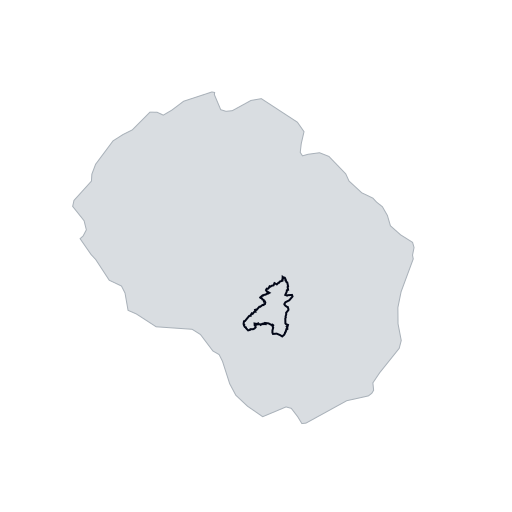 Negotino, Negotino, North Macedonia (highlighted), rotated 58°
{"feature_id": "65306769B63258214258120", "entity_name": "Negotino", "entity_type": "district", "adm_level": 2, "iso_a3": "MKD", "parent_name": "North Macedonia", "parent_adm1": "Negotino", "projection": "albers", "projection_center": [22.101, 41.515], "detail": "fine", "context": "in_parent", "style": "outline", "palette": "ink", "viewbox_px": 512, "rotation_deg": 58, "n_neighbors": 0, "source": "geoboundaries", "source_scale": "gbopen_adm2", "svg_char_len": 2866}
<svg xmlns="http://www.w3.org/2000/svg" viewBox="0 0 512 512"><g transform="rotate(58 256 256)"><path d="M234.1,136.4L241.7,137.4L258.5,132.8L268.9,126.2L274.2,125.2L281.2,122.7L291.3,123.1L301.6,126.0L314.6,122.2L327.4,116.0L332.6,117.5L338.2,122.8L341.8,124.2L363.2,151.9L374.9,163.0L388.8,171.5L404.6,177.6L410.2,183.5L420.5,212.9L425.5,224.1L432.2,227.4L433.8,230.6L434.2,234.8L426.8,255.7L424.2,302.2L422.4,305.9L414.4,305.8L403.9,306.8L399.9,310.5L395.8,335.5L378.9,342.8L363.4,346.9L350.4,346.0L327.5,340.2L320.1,339.5L313.7,342.9L293.2,344.7L284.3,349.0L263.1,378.2L241.7,388.2L234.3,393.3L218.0,386.7L210.2,386.0L198.8,393.3L174.0,393.8L167.3,395.1L148.1,396.0L147.4,392.0L143.9,386.0L135.0,383.1L116.8,385.2L112.4,380.9L105.3,355.9L99.6,351.8L93.2,343.4L82.6,316.2L82.5,304.4L83.5,294.1L77.8,269.7L81.7,263.7L87.4,260.0L87.7,250.2L86.4,235.4L93.5,206.5L95.4,204.4L97.1,205.8L113.2,208.4L117.4,204.8L120.2,199.1L121.4,177.9L125.4,168.1L164.5,150.0L176.0,149.4L184.7,158.1L191.6,163.6L195.7,163.5L197.3,158.0L202.1,147.4L210.2,141.4L233.8,136.4L234.1,136.4Z" fill="#d9dde1" stroke="#a8b0b8" stroke-width="1"/><path d="M291.5,265.6L294.3,264.2L294.2,266.1L293.6,266.7L293.9,268.2L293.2,269.8L293.3,271.1L292.9,271.3L293.4,274.4L293.9,274.4L295.1,273.4L296.2,273.6L297.2,272.8L298.8,273.4L299.0,272.6L300.3,272.7L301.5,273.9L301.2,275.0L301.6,275.6L301.0,276.4L301.3,279.4L300.8,280.0L302.0,284.0L301.5,284.3L301.2,285.4L303.0,286.0L302.4,287.0L303.3,289.5L302.4,289.9L303.2,291.7L303.9,292.2L303.2,293.5L305.3,299.8L305.0,300.8L307.1,302.6L308.1,302.4L308.5,303.0L310.3,303.1L311.2,302.4L311.8,302.7L314.9,302.1L315.5,300.2L315.1,299.6L316.5,297.3L316.7,295.8L316.3,294.1L315.1,293.7L314.8,293.2L314.0,293.8L312.5,293.0L314.0,291.4L314.2,290.5L314.7,291.1L315.9,288.8L316.9,288.6L316.8,286.6L317.2,285.8L317.5,286.1L317.8,285.6L317.5,284.8L318.4,284.6L318.9,283.9L317.9,283.4L319.8,281.1L322.7,279.4L322.9,278.4L323.9,278.1L324.6,279.3L325.9,279.4L327.7,281.4L329.7,282.7L331.1,282.9L332.8,279.6L335.8,277.5L338.1,276.4L337.7,273.8L336.8,272.3L336.2,271.9L336.0,270.8L334.8,269.9L334.5,268.2L333.8,268.5L332.9,267.0L332.1,267.2L332.0,266.1L331.4,265.4L329.8,266.6L328.8,266.8L324.4,264.2L323.9,263.3L323.0,263.0L321.5,261.3L320.1,260.5L319.0,257.2L318.3,256.7L316.1,256.1L315.5,256.7L313.7,257.4L312.1,257.6L311.6,257.2L310.8,255.5L311.2,251.3L309.7,246.5L308.1,246.1L306.1,249.8L306.1,250.6L304.5,251.8L302.6,248.9L301.4,248.0L301.7,246.7L299.0,245.6L298.8,244.9L295.0,243.5L294.2,244.0L293.1,243.7L292.7,243.9L292.2,243.5L291.8,243.8L290.9,243.2L289.7,243.1L289.0,243.7L289.5,244.9L289.3,245.4L288.5,244.3L287.9,244.5L291.0,246.6L290.3,249.4L290.9,250.7L290.6,251.2L291.1,253.4L288.8,254.7L290.2,256.7L289.5,258.6L289.7,260.0L288.9,260.5L290.0,262.4L290.1,263.3L289.4,264.2L290.2,265.6L291.5,265.6Z" fill="none" stroke="#020617" stroke-width="2"/></g></svg>